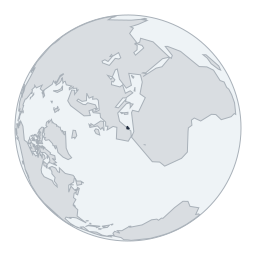 Alicante on an orthographic globe, rotated 279°
{"feature_id": "ESP-5803", "entity_name": "Alicante", "entity_type": "Autonomous Community", "adm_level": 1, "iso_a3": "ESP", "parent_name": "Spain", "parent_adm1": "", "projection": "orthographic", "projection_center": [-0.576, 38.363], "detail": "fine", "context": "on_globe", "style": "filled", "palette": "slate", "viewbox_px": 256, "rotation_deg": 279, "n_neighbors": 0, "source": "natural_earth", "source_scale": "10m", "svg_char_len": 9718}
<svg xmlns="http://www.w3.org/2000/svg" viewBox="0 0 256 256"><g transform="rotate(279 128 128)"><circle cx="128" cy="128" r="113" fill="#eef3f6" stroke="#a8b0b8"/><path d="M35.9,63.2L37.3,61.3L37.3,61.2L43.7,53.5L47.7,49.0L56.6,41.2L65.8,36.0L63.0,38.1L65.5,36.9L69.2,34.4L71.1,33.0L84.9,27.6L97.8,22.5L100.1,20.8L101.0,21.4L104.3,18.6L110.2,17.0L104.5,18.9L104.8,19.3L109.3,18.1L110.5,18.3L113.4,17.9L114.5,18.3L111.1,19.7L111.7,20.1L114.9,19.3L118.0,19.4L113.2,20.5L118.1,20.9L113.4,23.9L99.8,27.5L98.2,30.5L86.9,38.0L88.9,38.0L85.9,41.3L87.2,42.6L84.7,43.9L87.8,43.9L89.8,42.5L91.9,42.1L92.8,42.9L89.8,44.5L88.9,44.4L88.5,45.3L86.7,45.9L88.1,46.0L84.4,48.1L89.4,47.2L87.6,49.9L84.8,51.0L83.3,49.3L73.3,48.7L70.0,49.8L66.8,52.7L64.3,61.3L61.4,63.4L58.7,67.3L61.0,66.7L64.0,63.5L67.7,63.7L70.9,60.0L72.9,59.7L76.9,56.8L78.1,59.0L77.1,62.8L73.9,65.4L73.4,67.3L77.9,66.4L73.3,73.1L72.7,81.1L71.3,82.8L66.0,82.8L62.3,78.4L55.3,79.5L61.6,80.8L58.0,85.5L58.2,87.2L59.5,88.2L61.5,87.3L60.7,89.4L54.1,88.7L54.8,86.8L56.9,86.9L55.1,85.0L50.7,85.1L49.2,87.7L44.1,85.8L42.9,87.8L41.2,88.6L43.3,85.6L39.4,91.2L33.1,91.5L27.7,101.6L31.1,91.2L31.1,87.7L30.6,84.7L29.7,86.2L30.3,80.8L28.7,80.0L24.7,86.1L21.8,93.4L21.4,98.5L22.8,96.7L23.4,99.6L19.7,105.8L20.2,113.2L18.2,119.1L17.9,124.2L19.0,126.4L19.8,131.1L21.6,129.6L23.9,131.0L22.8,136.4L25.0,133.5L25.6,138.0L30.9,144.6L30.2,145.3L34.5,157.1L41.0,165.6L42.5,170.8L41.6,172.5L44.2,175.1L44.3,176.7L56.6,186.4L64.2,193.7L64.9,198.7L60.3,201.5L60.3,210.4L53.2,208.4L54.2,211.2L53.5,212.4L48.9,208.1L42.2,201.0L36.2,193.3L30.9,185.1L28.6,180.8L26.4,176.2L22.5,167.3L17.5,148.7L17.5,145.2L17.0,141.3L18.7,138.3L19.1,130.1L18.8,127.5L17.8,128.6L17.5,118.7L18.5,111.3L23.8,85.4L25.7,81.0L27.9,76.6L40.7,57.1L30.0,72.5L32.4,68.5L35.9,63.2ZM26.0,104.5L26.6,115.9L24.7,112.6L25.3,112.5L25.5,108.8L25.3,103.9L24.0,101.4L26.0,104.5ZM29.8,102.3L29.5,100.7L30.0,101.9L29.8,102.3ZM71.7,32.5L69.2,34.3L65.4,36.7L67.3,35.1L71.7,32.5ZM79.1,28.7L78.3,29.5L75.6,30.3L76.9,29.6L79.1,28.7ZM101.5,19.7L99.3,20.5L101.0,19.7L101.5,19.7ZM113.6,17.8L113.9,17.6L115.3,17.5L113.6,17.8ZM76.0,55.8L76.4,56.3L75.5,56.6L76.0,55.8ZM77.3,54.2L75.8,54.2L76.2,53.4L77.1,53.4L77.3,54.2ZM118.2,18.1L120.3,18.2L117.6,18.4L118.2,18.1ZM79.0,54.4L77.2,52.1L77.9,50.8L81.9,49.8L79.0,54.4ZM121.2,18.5L126.5,19.0L127.5,18.4L127.6,20.5L123.1,19.2L119.5,19.4L121.4,18.9L121.2,18.5ZM90.1,41.8L88.0,43.3L88.9,41.4L90.1,41.8ZM90.2,40.7L90.0,35.9L93.5,34.2L92.9,36.1L96.8,33.6L98.6,35.0L96.9,36.8L94.2,37.5L96.9,37.6L90.2,40.7ZM126.8,21.7L127.6,22.1L126.1,21.9L126.8,21.7ZM92.8,41.8L92.4,40.9L95.5,39.4L96.7,40.9L95.3,40.9L92.8,41.8ZM96.9,32.2L99.4,31.5L101.6,32.4L102.8,32.3L98.9,34.9L96.9,32.2ZM95.1,41.6L97.3,41.7L96.7,43.2L93.3,42.6L95.1,41.6ZM95.7,38.4L97.2,37.7L96.8,38.6L95.7,38.4ZM95.8,48.7L95.3,47.5L96.8,46.6L95.8,48.7ZM98.1,41.7L98.3,41.2L98.9,40.7L100.2,41.1L98.1,41.7ZM100.7,35.5L101.1,36.1L102.4,34.5L104.1,35.3L101.2,36.9L103.2,36.6L103.7,36.8L100.7,37.9L100.7,35.5ZM103.1,40.2L100.0,42.9L100.6,45.2L99.2,46.1L98.6,42.2L103.1,40.2ZM102.0,38.7L102.4,39.8L100.5,40.3L99.0,39.8L102.0,38.7ZM106.3,35.3L104.5,33.6L105.1,33.3L106.3,35.3ZM103.7,40.8L104.4,40.2L103.9,40.9L103.7,40.8ZM105.9,36.8L105.2,36.2L106.0,35.9L105.9,36.8ZM106.5,39.4L105.5,40.3L104.5,39.9L106.5,39.4ZM106.5,38.2L107.8,37.9L104.7,39.3L106.0,37.9L106.5,38.2ZM106.8,36.6L107.0,36.2L107.0,36.9L106.8,36.6ZM110.9,40.4L107.2,42.3L105.0,41.5L108.9,39.7L110.9,40.4ZM199.7,41.2L200.3,41.7L198.4,40.2L202.6,44.0L200.0,42.0L204.6,46.2L205.8,47.0L203.0,44.1L208.2,49.0L208.6,49.3L214.7,56.1L220.3,63.4L225.2,71.1L229.5,79.1L229.7,79.5L233.0,87.1L235.7,94.9L235.8,95.5L236.9,99.2L234.8,93.3L235.9,98.0L234.6,94.7L231.8,91.6L232.7,98.4L235.0,114.4L237.3,123.5L237.2,130.0L232.1,122.1L228.4,114.6L227.5,117.7L221.6,114.8L214.0,123.0L212.1,121.5L210.9,124.2L206.6,124.7L203.4,121.9L201.1,124.0L209.5,131.0L211.8,128.9L212.6,122.9L214.5,126.1L218.6,126.4L217.0,139.3L204.4,157.7L201.9,151.3L185.3,136.9L185.1,134.3L184.9,134.0L184.6,133.6L184.5,138.1L181.2,134.9L191.5,146.4L193.8,152.0L204.3,158.3L203.6,159.9L206.6,160.4L214.4,152.0L214.8,154.3L211.9,167.9L199.8,188.7L200.7,196.3L198.5,203.4L189.3,211.5L188.5,215.7L183.5,219.1L182.1,221.5L177.1,225.2L169.5,229.3L158.3,232.3L158.9,230.7L155.3,228.1L150.8,218.8L155.0,212.7L154.6,208.3L146.3,198.7L148.2,191.9L145.7,189.4L140.7,190.7L137.6,187.6L134.4,187.8L113.5,190.4L106.4,185.6L96.1,170.2L99.3,164.6L98.5,157.3L119.5,132.9L125.4,134.3L143.7,129.1L146.2,129.7L145.7,135.9L160.7,140.3L163.6,134.5L175.6,134.9L182.5,132.0L182.1,120.2L170.7,124.7L167.1,120.1L174.9,111.9L184.6,108.2L183.5,106.4L176.0,104.5L176.8,99.6L173.3,103.5L175.7,104.9L173.6,107.5L171.2,106.4L171.5,104.6L168.2,104.9L167.3,113.6L169.7,115.9L161.9,120.0L165.1,124.4L163.5,127.3L157.4,121.1L156.9,118.2L146.6,112.2L146.4,115.4L156.1,121.5L153.7,121.5L153.5,126.4L151.8,122.6L141.2,115.5L133.3,118.6L125.5,131.3L120.4,132.5L115.0,130.3L115.4,118.2L126.9,116.9L127.2,113.0L122.8,107.7L126.6,107.9L126.3,105.7L130.4,105.0L134.2,99.2L138.1,98.1L137.7,91.3L139.6,89.9L139.3,94.2L141.2,96.8L150.7,94.3L151.9,92.5L150.9,88.5L153.6,88.5L151.4,84.9L155.9,81.8L148.5,82.7L147.1,78.4L148.8,74.3L147.0,73.2L144.3,79.9L144.4,82.4L146.6,84.3L145.8,92.1L143.0,94.0L138.9,86.8L134.4,88.8L133.1,82.7L141.1,67.8L145.5,64.2L156.7,66.5L156.8,69.4L152.8,70.0L158.3,73.1L157.0,71.1L159.3,71.2L158.5,67.5L160.0,67.5L156.6,64.1L158.4,63.7L160.6,65.8L161.0,60.3L164.3,58.7L163.6,57.5L162.0,56.7L167.3,55.4L166.5,54.6L164.5,54.7L161.8,53.3L159.0,50.3L161.0,50.0L162.2,51.0L167.9,52.9L171.0,55.9L171.5,55.5L169.3,52.8L162.4,50.5L160.2,48.9L163.4,49.5L162.1,49.1L161.6,48.2L162.9,47.1L159.3,46.3L151.2,37.9L153.0,35.2L156.9,36.5L153.3,31.2L155.6,29.2L153.8,29.3L150.8,27.1L150.0,27.7L148.9,27.6L140.9,23.1L140.5,22.0L135.0,20.7L134.0,20.8L134.0,21.4L127.6,20.5L127.5,18.4L129.7,18.3L128.2,17.3L133.4,17.2L136.9,17.0L143.5,17.9L145.7,17.8L144.9,17.5L147.3,17.4L155.3,18.8L152.6,19.0L141.4,18.5L146.3,18.7L146.3,19.1L148.8,19.6L152.2,19.8L151.8,19.5L163.1,23.6L173.4,27.0L169.9,24.8L170.5,24.5L179.3,27.8L196.1,38.3L196.6,38.6L199.7,41.2ZM114.1,146.0L114.0,148.3L114.1,146.0ZM196.2,109.9L201.0,106.9L196.5,101.6L198.0,100.2L195.8,99.0L196.1,101.3L190.6,97.9L191.8,94.5L190.0,91.9L188.3,92.8L186.9,99.8L194.8,104.5L194.7,108.1L196.2,109.9ZM31.1,144.7L31.6,146.5L30.7,145.5L31.1,144.7ZM23.6,114.2L24.2,115.8L24.2,117.4L23.6,116.5L23.6,114.2ZM30.0,126.4L31.0,128.4L29.6,127.2L30.0,126.4ZM26.9,117.6L29.2,124.9L26.6,123.2L25.3,118.6L26.6,120.5L26.9,117.6ZM27.9,104.7L28.0,106.0L27.4,106.7L27.9,104.7ZM30.1,103.1L29.9,102.9L30.2,101.6L30.1,103.1ZM58.4,85.5L58.9,85.6L59.8,87.0L58.7,87.1L58.4,85.5ZM68.2,89.6L66.7,93.0L67.0,90.5L65.1,91.1L63.4,86.7L70.5,83.5L67.6,85.6L68.2,89.6ZM63.1,80.4L63.4,83.3L62.8,80.3L63.1,80.4ZM120.2,95.2L122.2,96.4L121.6,99.1L116.6,101.2L117.5,97.3L120.2,95.2ZM125.3,97.6L122.6,90.3L125.5,88.9L124.3,90.9L126.5,90.7L125.2,93.9L130.7,100.0L130.5,102.8L121.5,104.8L124.5,102.5L122.3,101.3L125.3,97.6ZM110.4,76.5L109.3,74.0L117.2,74.1L117.3,76.5L112.4,78.6L109.3,77.1L110.4,76.5ZM86.3,53.5L85.4,53.0L86.2,52.5L87.7,52.5L86.3,53.5ZM95.4,48.2L91.3,55.4L90.0,55.1L89.2,60.0L85.5,61.2L86.1,57.9L82.6,62.7L81.7,60.3L79.7,63.7L81.6,56.3L80.7,54.5L83.2,56.0L86.6,54.8L87.8,53.8L90.6,49.7L90.3,45.6L93.6,44.0L96.1,44.0L96.7,44.8L94.3,45.5L96.8,46.0L93.8,47.6L95.4,48.2ZM123.1,48.7L120.1,48.6L124.6,51.1L121.6,52.2L122.3,52.4L120.8,54.3L120.2,56.9L118.6,57.2L119.1,58.1L118.1,59.4L118.2,60.9L115.4,61.9L115.2,63.8L114.0,63.2L114.5,66.2L112.9,64.5L111.4,66.2L113.8,67.0L98.4,70.1L93.2,73.3L89.8,77.0L87.4,73.8L89.1,68.4L92.9,62.7L98.3,60.4L96.2,59.5L98.1,58.2L99.0,59.4L98.9,56.7L100.7,56.0L104.1,51.7L102.9,48.6L104.1,47.1L105.5,48.0L105.7,45.9L109.2,46.6L110.1,45.6L114.5,45.4L116.7,47.9L117.6,46.6L120.9,46.6L123.1,48.7ZM112.1,40.4L115.4,42.8L115.3,44.7L107.7,44.3L106.4,45.1L101.5,45.1L101.7,42.4L103.0,42.6L104.4,42.2L103.8,43.2L105.3,42.1L107.3,42.4L109.0,41.7L109.6,42.7L112.1,40.4ZM148.2,127.0L149.9,126.9L152.5,126.1L152.4,129.3L148.2,127.0ZM140.9,122.3L142.4,121.6L143.5,125.5L141.7,125.7L140.9,122.3ZM142.3,118.1L142.4,121.3L141.2,119.7L142.3,118.1ZM140.6,93.5L142.1,92.7L142.6,93.5L142.2,95.1L140.6,93.5ZM135.8,57.2L134.1,56.6L134.3,56.0L131.9,53.4L133.9,52.5L136.1,53.7L135.8,57.2ZM180.7,122.9L179.3,125.9L178.0,125.3L178.7,124.4L180.7,122.9ZM165.6,128.2L169.5,128.5L165.5,129.1L165.6,128.2ZM137.6,55.8L136.4,54.8L138.1,55.0L137.6,55.8ZM135.2,51.7L137.1,51.7L133.8,52.1L135.2,51.7ZM212.5,193.6L203.5,207.9L199.7,210.4L200.3,207.9L204.5,200.1L209.4,195.3L212.1,190.6L212.5,193.6ZM237.5,124.0L238.9,127.4L238.6,129.8L237.5,124.0ZM153.0,48.2L154.1,52.7L156.3,55.7L159.6,56.8L155.4,57.3L152.1,52.7L153.0,48.2ZM151.2,39.1L148.3,38.4L149.2,37.6L150.0,37.7L151.2,39.1ZM149.7,39.4L146.9,40.6L145.0,39.5L147.6,38.8L149.7,39.4ZM142.4,47.8L142.6,49.1L141.1,48.9L142.4,47.8ZM176.8,26.5L176.0,26.1L175.4,25.8L176.8,26.5ZM173.8,25.1L175.0,25.7L169.2,24.1L167.3,23.6L170.2,23.7L171.4,24.3L173.3,25.0L173.8,25.1ZM128.4,21.8L127.6,22.1L127.6,21.6L128.4,21.8ZM148.5,27.9L147.0,27.7L147.0,27.1L148.5,27.9ZM142.8,26.8L143.8,27.7L141.9,26.9L142.8,26.8ZM146.3,29.7L143.8,28.1L147.3,29.5L146.3,29.7Z" fill="#d9dde1" stroke="#a8b0b8" stroke-width="1"/><path d="M128.8,127.0L129.0,127.0L129.2,127.3L129.0,127.5L128.9,127.5L128.7,127.7L128.4,127.8L128.3,128.0L128.2,128.0L128.1,128.3L127.9,128.4L127.9,128.5L127.9,128.8L127.7,129.0L127.5,128.9L127.4,128.8L127.4,128.7L127.3,128.4L127.4,128.2L127.2,128.0L127.2,127.9L127.3,127.8L127.3,127.7L127.3,127.4L127.5,127.4L127.4,127.3L127.4,127.2L127.5,127.2L127.6,127.3L127.7,127.2L127.8,127.2L127.9,127.3L128.1,127.3L128.1,127.2L128.4,127.0L128.5,127.0L128.8,127.0Z" fill="#64748b" stroke="#1e293b" stroke-width="1.5"/></g></svg>